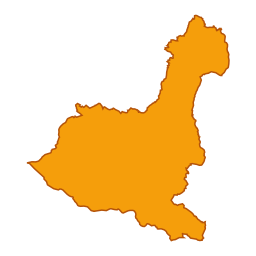 Brad, Hunedoara, Romania
{"feature_id": "2599482B48493283772972", "entity_name": "Brad", "entity_type": "district", "adm_level": 2, "iso_a3": "ROU", "parent_name": "Romania", "parent_adm1": "Hunedoara", "projection": "equal_earth", "projection_center": [22.817, 46.147], "detail": "fine", "context": "isolated", "style": "filled", "palette": "amber", "viewbox_px": 256, "rotation_deg": 0, "n_neighbors": 0, "source": "geoboundaries", "source_scale": "gbopen_adm2", "svg_char_len": 5871}
<svg xmlns="http://www.w3.org/2000/svg" viewBox="0 0 256 256"><path d="M199.8,240.5L202.2,240.2L202.4,239.7L202.1,239.4L203.6,238.0L203.0,237.4L202.4,235.2L205.3,228.7L205.3,227.7L204.9,227.0L205.5,225.5L205.0,222.9L205.2,221.8L204.2,222.2L204.2,222.6L202.3,222.6L202.3,222.0L201.7,221.6L200.8,221.7L199.5,220.3L197.8,219.3L197.3,218.3L196.2,217.3L196.3,216.7L195.2,216.1L194.4,216.2L192.7,213.6L191.1,212.2L186.2,208.6L183.8,207.7L184.1,205.5L182.5,203.8L178.6,204.7L177.6,205.4L175.6,204.3L175.0,204.5L174.3,204.3L173.4,203.4L171.1,200.2L173.4,196.7L174.2,194.8L177.2,195.1L177.6,194.1L179.1,194.3L180.2,193.8L182.7,192.2L183.5,191.1L184.3,190.8L184.3,189.1L184.6,188.6L185.9,188.4L185.6,187.5L185.7,186.5L186.1,185.8L187.7,184.5L187.8,184.0L185.9,180.6L184.3,179.3L184.3,179.0L184.7,177.6L185.8,177.6L186.2,177.1L185.8,174.5L186.2,173.7L187.1,173.3L188.3,173.6L188.6,173.2L187.9,172.3L188.3,172.2L188.1,171.6L186.5,170.3L186.1,168.2L187.1,168.6L189.6,165.3L191.1,164.9L190.6,163.9L192.1,163.6L196.8,164.4L199.4,165.3L201.4,165.1L202.0,164.7L203.9,161.7L204.5,159.9L204.5,159.0L205.0,158.2L205.2,157.2L204.0,155.6L204.3,155.0L204.1,154.1L204.2,153.3L204.7,152.2L204.1,150.0L202.4,148.5L200.6,147.6L199.8,146.3L199.5,143.9L200.1,142.9L200.2,141.7L198.9,139.1L199.6,137.0L199.2,137.0L198.6,136.0L198.8,135.2L198.0,134.6L198.2,133.1L197.5,131.6L198.0,131.2L198.1,130.5L197.1,128.1L196.6,128.0L195.4,126.0L194.8,124.3L195.1,122.1L195.8,121.2L195.8,120.3L194.1,119.3L193.9,118.5L193.2,117.9L192.6,116.6L192.8,115.0L192.0,115.4L192.5,110.5L191.9,110.2L193.5,105.4L193.2,102.3L194.1,99.5L194.1,98.1L194.9,96.6L194.8,95.2L195.8,93.2L196.1,91.8L197.1,90.2L198.0,87.5L199.7,85.1L201.3,80.1L200.1,76.8L202.1,75.8L202.4,75.0L203.0,74.6L203.9,74.2L204.5,74.5L205.2,73.8L208.4,73.2L211.2,71.7L215.8,72.7L219.5,75.1L220.6,75.5L221.8,75.5L221.9,74.6L224.3,72.4L226.1,69.1L227.8,67.9L228.3,67.2L228.8,63.9L229.0,60.1L228.4,57.0L228.8,54.5L228.1,52.2L227.6,51.9L227.0,49.0L227.5,46.4L227.5,44.5L226.4,42.7L224.9,42.1L224.6,41.2L225.2,36.6L224.8,35.4L223.4,34.1L221.5,33.4L220.7,31.7L220.2,29.5L220.8,29.9L221.4,29.7L221.5,29.3L221.0,28.6L220.7,29.2L219.4,28.5L219.0,29.2L218.4,29.3L218.1,29.5L218.3,29.7L217.0,30.6L216.6,30.6L215.9,28.0L214.9,27.6L213.8,26.0L213.4,26.1L213.1,27.4L209.6,27.3L207.9,27.6L206.6,27.4L204.3,26.2L204.9,25.3L204.7,24.9L205.1,24.8L205.1,24.2L204.9,23.9L204.5,24.4L203.9,21.3L202.5,19.7L202.7,18.7L201.9,18.3L201.2,17.4L200.9,17.5L199.6,17.1L196.8,15.6L195.8,15.4L194.6,15.7L194.4,18.9L193.5,19.2L192.9,18.5L191.2,21.0L189.3,22.1L188.6,25.0L188.2,25.6L188.2,26.9L187.8,27.3L187.4,28.9L187.1,29.3L186.6,31.7L184.2,34.6L184.0,36.0L183.3,35.8L181.3,36.1L180.4,35.6L178.8,36.2L177.9,37.1L177.0,37.3L177.1,38.0L177.7,38.3L177.1,39.6L177.6,40.8L176.0,40.8L173.1,39.9L171.1,40.0L170.9,42.2L170.1,42.0L168.9,42.5L168.2,44.5L167.7,44.6L167.7,45.4L167.1,45.7L168.3,46.2L168.6,47.4L168.1,47.7L167.1,47.5L166.2,48.0L165.2,47.7L165.2,48.8L164.9,49.3L166.9,50.3L166.9,50.7L167.8,51.3L170.6,52.1L172.0,54.2L173.1,54.8L173.3,55.2L172.9,56.4L173.2,58.0L172.2,58.3L171.1,57.6L170.2,57.7L169.6,58.9L169.6,60.2L168.2,60.1L168.1,60.8L167.1,61.6L169.0,62.9L168.6,63.0L169.0,65.4L167.6,65.6L168.3,67.4L167.9,67.6L167.7,68.3L167.4,68.1L167.4,69.0L166.7,72.1L166.5,75.2L166.0,78.1L165.6,78.6L164.1,79.3L163.5,81.1L162.2,81.5L161.5,82.7L161.1,84.2L161.6,86.1L161.5,87.4L162.0,89.5L161.7,89.9L160.4,90.2L160.1,93.5L159.6,94.0L159.4,95.1L158.5,96.0L159.0,98.3L158.5,99.0L157.1,99.8L156.9,100.6L155.3,102.3L155.1,102.1L155.5,101.6L154.5,102.1L153.5,103.2L152.5,103.3L151.7,104.3L149.5,105.7L148.1,107.4L147.4,107.5L146.9,110.4L146.3,110.6L145.6,111.7L143.9,112.8L143.1,112.9L140.9,112.7L140.0,112.1L138.0,112.3L138.9,111.7L139.0,111.3L138.6,110.9L138.1,111.1L137.5,109.9L136.8,110.0L135.8,109.3L133.9,108.8L133.0,109.1L130.9,108.0L128.9,110.2L127.8,110.3L128.1,110.8L127.4,112.3L127.0,112.7L125.3,112.7L124.8,112.3L124.1,112.4L122.2,111.6L120.8,113.4L118.9,111.2L115.5,109.6L113.5,108.2L112.9,108.4L112.4,109.2L111.3,109.1L110.4,109.6L109.3,109.7L107.8,109.1L104.6,106.9L103.8,107.1L102.9,108.8L101.9,106.0L100.0,103.6L98.8,103.4L95.9,105.3L95.2,105.3L95.1,105.7L89.7,108.2L86.1,105.3L83.8,107.4L82.2,106.2L81.3,107.1L79.4,106.0L80.2,104.9L77.5,103.5L75.7,105.0L75.9,106.3L76.3,106.8L76.6,108.8L77.4,110.1L76.8,111.0L77.4,111.7L80.1,113.5L82.0,115.3L76.6,117.2L75.1,116.2L74.9,116.7L73.9,117.6L73.0,116.6L72.0,116.7L68.1,118.4L67.3,119.1L65.6,122.5L63.1,123.9L60.5,126.4L59.3,128.3L58.8,129.8L59.0,132.0L58.6,134.8L59.5,137.2L58.9,137.9L58.1,140.6L57.5,141.6L57.4,143.1L57.7,143.2L57.5,143.7L55.4,145.3L55.6,146.0L55.9,146.3L55.8,146.7L56.4,147.4L56.1,147.9L55.2,148.7L52.2,149.4L52.1,149.9L51.4,150.4L51.2,152.2L50.6,152.9L45.1,154.6L42.1,157.1L41.5,158.3L38.6,161.1L35.7,161.9L31.9,161.8L27.0,162.9L29.5,163.4L34.5,168.7L44.1,177.4L44.0,179.0L46.5,181.6L47.5,184.8L53.7,188.7L58.4,189.9L59.9,189.0L61.3,189.2L62.8,189.9L67.2,194.3L69.4,195.9L71.3,196.7L72.8,196.9L73.2,197.6L72.9,198.6L74.4,200.5L74.7,201.3L76.5,203.1L77.8,205.4L78.6,205.9L80.4,206.3L83.9,206.1L87.5,206.8L91.2,210.6L94.0,211.3L101.8,210.1L106.3,210.6L109.6,209.0L110.9,208.7L114.8,209.6L117.2,209.8L118.1,209.0L119.3,209.6L122.0,212.6L123.2,213.0L128.0,210.8L130.1,210.4L133.0,210.4L134.4,211.1L135.6,212.9L135.9,214.8L135.5,216.3L135.8,218.0L136.8,218.9L137.7,220.7L139.5,222.6L139.7,224.2L141.0,225.6L142.8,226.4L144.4,226.5L145.7,225.6L147.1,223.8L147.5,223.7L149.1,224.2L151.6,225.8L153.1,225.4L154.9,225.4L156.1,227.1L156.8,227.2L157.4,228.8L158.0,229.0L161.2,228.8L164.4,229.9L166.3,231.5L167.0,233.1L168.4,234.7L170.0,235.8L170.2,236.5L169.8,238.4L171.3,240.6L173.1,239.9L175.3,239.6L179.2,237.6L183.7,237.6L182.6,236.9L182.8,236.2L182.4,233.1L182.8,233.7L183.5,234.0L187.1,234.3L187.4,235.4L189.0,236.3L190.5,238.1L196.6,239.2L197.6,240.0L199.8,240.5Z" fill="#f59e0b" stroke="#b45309" stroke-width="1.5"/></svg>